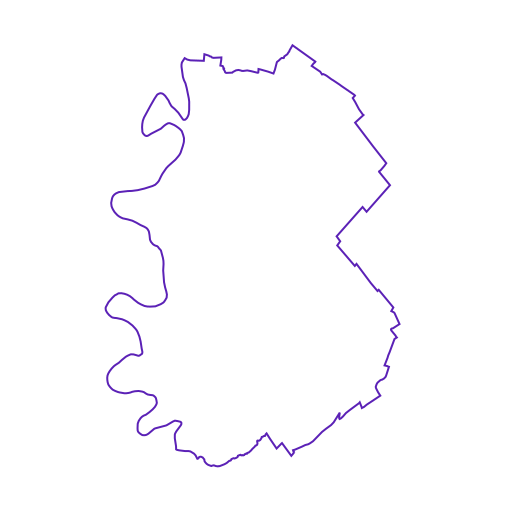 outline of Paltinis, Botosani, Romania, rotated 275°
{"feature_id": "2599482B86500837031664", "entity_name": "Paltinis", "entity_type": "district", "adm_level": 2, "iso_a3": "ROU", "parent_name": "Romania", "parent_adm1": "Botosani", "projection": "natural_earth1", "projection_center": [26.672, 48.222], "detail": "fine", "context": "isolated", "style": "outline", "palette": "violet", "viewbox_px": 512, "rotation_deg": 275, "n_neighbors": 0, "source": "geoboundaries", "source_scale": "gbopen_adm2", "svg_char_len": 6027}
<svg xmlns="http://www.w3.org/2000/svg" viewBox="0 0 512 512"><g transform="rotate(275 256 256)"><path d="M424.4,340.6L425.1,339.9L432.8,326.3L434.1,324.2L438.2,316.7L438.4,316.1L441.5,311.0L442.4,309.2L443.1,307.0L442.6,306.0L445.2,303.9L450.2,294.9L452.6,296.4L454.2,297.9L454.8,298.2L469.1,274.0L463.5,271.4L462.6,271.3L461.7,270.6L459.7,269.6L457.2,266.7L455.9,266.6L455.7,266.4L455.5,265.9L455.6,264.6L455.5,264.3L454.6,263.3L452.5,261.5L451.3,260.1L450.4,259.8L443.2,258.6L439.3,257.5L440.7,252.0L442.2,244.2L442.5,242.2L439.5,242.3L439.0,242.3L438.7,241.9L438.7,241.4L439.7,235.1L440.1,231.1L439.2,227.0L439.2,225.6L439.5,224.6L439.8,222.3L439.2,219.9L437.4,217.1L436.6,216.4L435.8,210.3L436.3,209.3L437.6,208.7L439.1,207.6L439.6,207.2L439.8,207.3L440.0,207.7L440.7,207.2L441.0,207.2L441.3,206.8L442.3,206.3L442.6,203.9L448.4,204.3L450.8,204.2L449.7,196.5L449.9,194.9L450.8,193.7L450.9,192.5L451.5,191.5L452.5,187.0L445.9,187.0L445.2,173.5L445.7,170.3L446.9,167.7L442.3,165.3L440.1,165.1L438.0,165.3L428.0,167.6L424.9,168.9L421.8,170.7L417.3,172.3L407.2,175.3L403.9,176.0L395.7,176.7L391.4,176.6L389.3,176.0L387.3,175.1L385.7,173.7L385.4,172.8L385.4,171.8L386.1,171.0L391.9,166.2L395.4,162.2L397.5,159.2L398.3,158.4L401.1,156.5L403.3,155.3L407.6,151.6L409.0,149.8L409.6,148.7L409.8,147.5L409.8,146.5L409.5,145.6L408.4,143.8L407.6,143.2L403.7,141.1L396.6,137.8L384.2,132.4L381.0,131.5L377.6,131.2L374.3,131.3L369.8,132.0L368.9,132.4L368.1,133.0L366.6,134.6L366.2,135.4L366.0,136.4L366.2,137.4L366.7,138.3L368.7,140.9L374.5,150.1L377.8,153.2L379.2,154.8L380.4,156.5L380.7,157.5L380.8,158.5L380.3,160.2L379.3,163.2L378.4,165.0L376.8,167.7L375.6,169.4L373.9,171.2L370.2,172.9L367.1,174.0L363.6,174.2L362.5,174.1L359.1,173.5L352.4,171.9L350.3,171.0L348.4,169.8L344.9,167.3L338.0,160.8L335.7,159.0L329.9,155.7L327.4,154.6L322.4,152.7L320.6,151.5L318.2,149.4L316.7,146.8L313.5,139.1L311.3,132.5L310.0,126.6L309.5,122.6L307.7,113.8L306.2,111.1L304.8,109.5L303.1,108.3L302.0,107.9L300.9,107.6L296.3,107.1L295.2,107.3L292.9,107.8L290.9,108.8L289.1,110.0L287.4,111.3L285.9,112.9L284.5,114.5L283.4,116.3L282.6,118.1L281.9,120.0L281.3,124.9L280.4,129.7L278.7,134.1L276.8,138.2L275.4,142.2L274.3,144.5L273.1,145.8L271.5,146.9L270.6,147.3L267.6,148.1L263.0,149.0L261.0,150.1L258.8,152.3L258.1,153.5L257.6,154.7L257.2,156.6L256.6,157.5L255.0,158.9L253.9,160.2L253.0,160.9L246.1,163.4L243.1,164.2L239.9,164.6L233.5,164.8L221.8,166.7L216.8,168.2L212.9,169.7L209.9,170.6L206.7,170.6L203.9,169.3L202.2,168.3L201.4,167.6L199.7,165.3L197.1,160.2L196.4,155.4L196.2,152.3L196.5,149.3L197.8,145.5L199.1,142.6L202.0,138.1L203.3,136.5L205.0,133.9L206.2,131.0L206.9,128.2L207.2,125.1L206.8,122.2L205.6,120.6L204.5,118.8L202.0,116.6L197.0,113.0L192.1,110.9L191.1,110.7L189.0,111.1L188.1,111.6L186.5,112.7L184.4,114.8L182.6,117.4L182.2,118.4L182.0,120.4L182.0,122.6L181.3,128.1L180.5,130.7L179.1,134.2L176.0,139.0L173.1,142.2L171.7,143.5L170.1,144.6L165.5,146.9L160.8,148.5L153.8,150.2L150.8,151.1L149.7,151.2L148.7,151.0L146.8,148.8L146.4,148.0L146.4,147.1L146.8,145.3L147.3,142.5L147.2,140.8L147.1,139.8L146.7,139.0L145.4,136.7L144.3,135.1L140.8,131.5L137.7,128.7L135.2,125.5L133.8,124.0L131.3,122.0L128.4,120.2L126.1,119.1L124.0,118.5L121.8,118.4L119.5,118.7L117.4,119.2L115.3,120.0L114.4,120.6L112.9,121.9L111.5,123.4L110.3,125.0L109.3,127.5L108.5,130.2L108.2,132.0L107.8,136.7L107.9,138.4L108.5,141.1L109.1,142.9L109.9,144.5L110.7,147.1L111.3,150.8L111.0,154.5L110.6,156.2L109.3,158.5L108.6,160.2L108.4,162.2L108.3,165.3L107.9,166.3L106.6,168.0L105.6,168.7L103.5,169.4L101.1,170.0L99.9,169.8L98.8,169.4L96.8,168.4L94.2,166.4L91.3,163.6L88.3,160.2L87.1,157.9L85.8,156.3L84.3,155.1L81.6,153.6L79.5,153.0L78.5,152.8L74.2,153.0L72.0,153.3L71.0,153.7L70.1,154.4L69.0,155.9L68.1,157.5L67.7,158.4L67.7,160.2L68.0,161.6L68.4,162.6L69.6,164.3L75.0,169.7L75.5,170.6L79.3,181.1L79.8,182.0L84.0,187.9L84.9,189.6L84.7,192.4L84.2,195.4L83.3,196.2L82.1,196.3L80.9,195.9L74.2,191.8L72.1,190.9L71.0,190.7L67.4,191.0L59.6,192.9L56.4,193.3L56.0,194.1L55.7,196.4L55.5,202.1L55.8,205.7L55.6,207.7L53.7,211.5L52.1,213.2L48.9,215.2L48.9,215.6L49.6,216.3L50.8,217.0L51.2,218.1L51.2,218.9L50.6,220.5L49.2,221.8L48.9,222.2L47.2,222.6L46.7,222.9L45.9,223.6L44.7,224.9L43.8,226.5L42.9,229.7L42.9,229.9L43.3,230.5L43.8,232.2L43.2,234.5L43.2,235.7L43.1,236.4L43.4,237.1L43.5,238.0L43.9,238.9L45.8,242.7L47.2,244.8L49.6,247.2L50.0,248.5L50.5,248.9L51.5,249.2L51.9,249.9L52.5,251.0L52.6,251.4L52.4,252.2L53.0,253.6L54.0,255.0L54.5,255.3L55.4,255.4L55.9,256.3L56.6,257.8L56.1,258.7L56.5,259.6L56.2,260.3L56.3,260.7L56.7,261.6L57.3,261.8L57.6,262.1L57.8,263.0L58.4,263.5L58.3,264.2L58.9,264.4L59.2,264.8L59.5,265.8L61.8,268.0L63.4,269.1L65.9,271.3L67.1,272.0L67.2,272.6L68.1,273.6L69.6,273.8L71.4,273.3L72.1,273.4L72.3,273.7L72.2,275.0L73.0,276.2L74.8,277.2L76.2,277.5L76.6,278.6L77.3,279.4L77.5,280.6L79.2,281.2L80.2,282.0L75.2,285.8L66.0,293.3L71.4,297.7L71.9,298.2L60.0,308.6L63.0,310.7L63.6,310.7L64.8,310.2L64.8,310.5L65.8,309.9L66.6,311.9L70.1,318.4L72.0,321.6L73.0,324.4L73.9,325.8L76.4,328.9L86.5,337.1L90.1,340.9L94.1,345.5L97.1,347.9L107.3,353.1L102.4,352.9L101.4,353.1L100.9,353.5L101.7,354.8L103.7,356.6L107.4,359.3L110.6,362.7L118.4,371.5L119.3,372.1L114.7,374.4L113.8,374.7L115.1,376.8L117.5,379.2L127.7,392.0L130.9,389.5L134.1,387.5L135.2,386.9L136.2,386.7L138.7,387.3L140.4,388.1L143.0,390.6L143.6,391.6L143.8,392.4L145.1,394.2L147.0,395.7L148.8,396.2L157.2,398.1L157.5,397.0L157.8,396.2L158.2,393.6L166.0,395.9L168.5,396.4L171.9,397.5L185.4,401.2L187.1,403.4L188.0,402.5L188.8,402.0L193.6,397.3L194.3,396.9L194.6,396.9L195.1,397.0L195.6,397.6L195.9,398.7L200.7,404.9L211.2,399.0L211.9,398.2L212.9,395.6L216.7,397.3L233.0,381.2L231.7,380.1L239.1,372.7L256.9,356.8L254.7,355.3L273.6,336.0L278.0,338.6L282.6,334.6L314.1,357.9L309.7,362.3L338.2,383.3L350.7,371.2L351.1,371.3L352.3,372.7L356.9,376.0L359.8,377.7L375.4,363.1L397.5,343.1L405.8,350.8L406.4,349.9L411.2,345.8L418.0,341.4L421.8,338.6L424.4,340.6Z" fill="none" stroke="#5b21b6" stroke-width="2"/></g></svg>